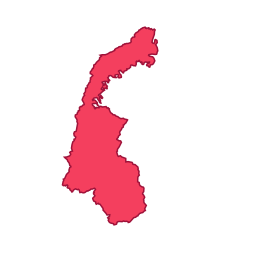 Tsoelikana, Qacha's Nek, Lesotho, rotated 137°
{"feature_id": "5366337B78317491468351", "entity_name": "Tsoelikana", "entity_type": "district", "adm_level": 2, "iso_a3": "LSO", "parent_name": "Lesotho", "parent_adm1": "Qacha's Nek", "projection": "robinson", "projection_center": [28.859, -29.907], "detail": "fine", "context": "isolated", "style": "filled", "palette": "rose", "viewbox_px": 256, "rotation_deg": 137, "n_neighbors": 0, "source": "geoboundaries", "source_scale": "gbopen_adm2", "svg_char_len": 5959}
<svg xmlns="http://www.w3.org/2000/svg" viewBox="0 0 256 256"><g transform="rotate(137 128 128)"><path d="M41.3,181.2L41.4,182.5L43.0,182.7L43.2,184.6L44.1,184.6L44.0,185.3L45.0,186.0L45.1,186.3L44.4,186.8L44.5,187.2L46.6,188.2L46.5,188.8L46.9,189.0L46.7,189.2L46.7,190.1L49.3,191.4L49.7,191.2L51.0,191.7L52.1,191.6L53.3,192.1L54.0,191.7L55.0,191.6L57.7,192.2L59.9,191.7L60.8,190.1L61.1,190.0L62.6,191.2L64.9,191.0L66.4,189.7L66.8,188.9L68.2,188.8L70.2,189.7L71.7,191.0L72.7,191.3L73.0,191.8L73.9,191.8L74.7,192.4L76.7,192.0L76.8,192.3L77.8,192.6L79.2,193.6L79.9,193.4L82.5,194.3L84.2,194.5L84.8,193.8L88.9,195.0L89.1,195.5L92.4,196.1L94.7,197.1L96.8,199.1L98.7,200.2L98.4,198.7L100.9,198.7L102.2,197.5L106.3,197.5L108.5,196.9L109.6,197.4L110.2,197.3L110.9,196.4L112.9,195.3L113.4,195.7L115.6,194.9L117.4,194.7L118.5,193.5L117.9,192.1L118.0,190.3L121.5,190.2L121.8,189.3L123.2,188.7L124.4,187.4L125.3,187.7L127.7,186.8L129.0,186.8L129.9,185.5L130.9,185.4L131.8,186.0L134.4,183.6L136.9,183.1L137.6,181.4L138.9,181.5L142.0,180.1L142.4,179.7L143.1,176.8L143.9,175.1L144.3,175.0L145.6,175.6L147.3,175.3L148.2,176.2L148.8,176.1L149.5,176.1L151.5,173.9L152.6,174.5L153.2,173.8L154.3,173.9L155.6,172.9L157.7,173.4L159.0,172.2L159.5,169.3L160.1,168.2L161.0,167.5L161.6,165.8L167.9,161.1L168.3,161.0L169.8,161.7L171.4,160.9L172.6,159.0L172.3,157.2L172.6,156.8L174.2,156.1L175.2,156.6L175.8,155.5L177.8,155.5L180.3,154.0L183.1,151.8L184.4,149.0L186.4,150.0L187.4,149.7L187.4,148.6L188.0,147.7L189.7,147.4L192.6,148.6L194.4,150.0L194.4,148.7L194.0,146.2L194.6,145.2L195.0,142.3L196.1,140.4L195.9,139.1L196.3,138.5L197.6,138.8L200.0,137.4L200.5,136.4L201.6,136.1L204.6,136.0L208.6,134.3L209.1,134.2L210.2,134.7L210.8,133.4L211.9,133.1L214.7,131.1L214.6,129.9L213.2,129.0L213.3,128.4L212.0,128.2L211.2,127.6L211.3,127.0L212.9,126.1L213.1,125.5L211.9,123.5L212.6,122.5L212.4,121.2L212.7,119.5L212.0,119.2L210.2,119.8L207.9,119.3L207.1,117.4L206.1,117.0L206.0,115.9L207.2,113.6L205.8,112.7L205.4,111.7L204.5,110.7L203.4,110.2L201.1,110.0L200.5,109.7L200.4,109.2L199.3,109.1L198.4,108.6L196.8,108.6L195.5,107.5L193.9,107.0L193.5,106.6L193.6,105.3L196.3,104.8L196.7,103.9L197.3,104.1L197.6,103.5L198.1,103.4L198.4,101.1L199.0,100.8L201.3,100.8L202.0,100.4L202.9,98.0L202.1,95.8L202.9,95.0L203.2,93.9L201.1,93.2L201.2,92.2L200.5,91.5L200.5,90.8L201.1,86.4L201.5,85.5L202.2,85.1L202.3,80.4L202.7,78.7L200.5,77.0L202.1,75.8L202.9,76.3L204.1,76.2L204.1,75.4L203.8,74.7L205.4,74.0L205.9,72.2L205.7,70.7L203.9,67.9L204.3,66.7L202.3,65.6L201.7,65.6L200.4,66.5L199.1,66.3L198.0,65.5L196.2,63.5L194.8,63.1L193.9,61.7L192.5,60.6L191.9,59.2L192.2,58.7L191.4,58.2L190.5,58.0L185.0,58.5L183.2,57.5L182.1,57.6L180.5,57.0L179.9,57.4L177.7,57.5L176.2,56.9L174.9,56.1L172.4,56.2L171.6,55.8L170.9,57.5L167.4,58.9L167.3,61.9L167.0,63.0L165.9,64.1L165.4,65.1L163.0,66.0L162.3,68.5L162.4,69.4L162.2,69.9L161.1,70.6L160.0,70.7L157.4,73.1L157.1,74.2L158.0,75.6L158.5,77.7L158.1,79.0L157.0,80.5L157.6,82.1L154.4,85.3L153.3,85.7L151.9,85.8L151.3,87.2L149.5,88.8L149.0,90.9L148.4,91.2L147.4,92.7L147.8,96.4L148.9,97.7L149.1,98.3L148.6,99.3L148.5,100.1L150.8,103.3L152.7,104.7L150.4,107.3L152.3,111.0L152.5,112.9L154.4,113.8L154.3,114.9L152.7,118.1L152.6,118.3L151.5,118.3L151.0,119.1L149.7,119.8L147.4,120.2L142.6,122.0L142.2,123.6L143.4,125.0L143.4,125.7L143.9,126.8L144.0,127.3L143.7,127.6L141.4,127.9L140.7,128.5L138.2,128.5L137.3,130.3L136.3,131.0L133.8,131.4L132.6,132.1L130.8,131.9L129.3,133.4L128.9,133.0L126.9,133.3L126.4,133.1L122.8,134.2L122.9,134.7L124.6,137.1L124.7,138.2L126.8,139.7L127.5,141.5L127.7,143.3L128.7,144.9L128.5,145.9L129.0,146.5L129.0,147.0L129.9,147.8L129.8,149.2L130.2,150.7L130.0,152.1L129.2,154.1L128.6,154.7L129.2,155.5L129.1,155.8L128.7,155.7L128.7,156.2L129.2,156.3L129.3,157.0L129.7,157.1L129.4,158.6L132.5,160.9L132.6,161.7L133.2,162.0L133.3,162.6L134.5,163.6L134.9,163.4L135.1,162.7L135.4,162.6L137.4,164.9L137.7,165.0L138.2,164.3L139.0,164.5L138.9,165.8L138.1,166.7L138.4,168.8L137.7,169.9L136.7,169.6L136.0,168.8L135.2,168.5L134.4,166.9L134.4,166.3L134.8,165.8L134.7,165.1L134.4,165.1L134.1,166.6L133.2,167.6L133.1,170.5L133.7,171.9L134.9,172.0L134.8,172.8L132.5,173.1L130.1,171.6L130.0,171.0L130.4,169.9L130.7,167.4L131.2,166.3L131.2,165.1L130.8,164.7L130.1,166.3L129.3,166.9L128.6,169.3L128.2,169.7L127.2,169.7L127.1,167.8L126.9,167.3L126.1,167.3L125.8,167.6L125.6,170.4L126.9,170.4L127.3,171.3L127.3,172.0L126.6,172.3L125.3,172.0L121.7,172.0L119.2,171.7L119.1,172.8L120.3,172.7L121.1,174.5L120.8,174.9L119.0,175.3L119.0,174.0L118.7,173.2L117.1,172.5L116.7,171.1L116.0,171.3L115.5,172.6L114.6,172.7L114.6,174.5L113.7,176.5L114.2,176.6L115.5,175.5L117.3,176.0L115.9,177.3L116.0,178.8L115.6,179.2L113.5,178.2L112.0,177.0L111.4,175.7L111.8,175.4L111.8,174.8L111.3,174.5L109.8,176.3L109.4,175.2L109.0,175.2L108.8,175.8L109.0,176.7L108.6,177.6L108.5,178.6L107.0,178.7L106.2,179.2L105.0,178.3L104.6,177.6L104.3,175.2L102.3,172.9L102.0,173.0L102.3,174.7L101.3,175.5L99.6,174.6L98.9,173.9L98.8,173.4L99.7,172.6L100.5,172.4L100.7,171.5L100.2,170.6L98.4,169.6L97.9,169.9L96.9,171.8L97.1,173.3L96.2,175.1L96.2,176.0L95.7,176.1L94.9,175.8L94.0,175.1L94.3,174.6L94.0,173.6L94.2,172.1L93.7,171.4L92.1,172.2L89.6,171.1L88.9,171.3L88.9,171.8L88.5,172.1L87.1,170.8L84.6,170.8L83.6,171.8L82.9,172.0L82.0,171.1L81.6,170.0L80.1,168.3L78.5,169.0L76.8,170.9L75.9,170.9L75.8,170.1L74.4,169.3L73.7,170.4L74.1,167.3L73.1,167.1L72.9,166.8L73.3,166.0L74.2,165.5L73.8,164.2L72.9,164.0L71.5,164.8L70.2,164.4L69.0,162.8L67.3,161.6L67.8,161.1L70.2,161.8L71.4,161.4L71.7,160.8L71.0,159.8L71.0,158.0L70.4,157.7L68.6,158.9L66.9,157.8L65.6,157.7L62.6,158.8L61.5,161.4L61.4,163.2L63.3,165.8L63.4,167.1L62.8,167.4L60.1,165.8L58.0,163.3L56.9,162.5L56.3,162.6L55.0,163.6L53.6,164.1L51.8,166.9L50.9,170.1L48.4,170.5L47.1,172.3L47.5,173.9L48.2,174.1L50.5,172.3L51.3,172.1L52.0,173.4L52.0,174.3L50.0,175.8L44.9,178.5L42.8,180.5L41.3,181.2Z" fill="#f43f5e" stroke="#9f1239" stroke-width="1.5"/></g></svg>